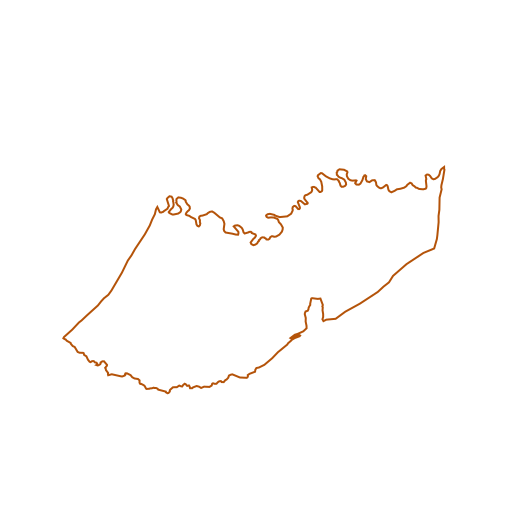 Ahuas, Gracias a Dios, Honduras (Mercator projection), rotated 56°
{"feature_id": "27666195B1442019449651", "entity_name": "Ahuas", "entity_type": "district", "adm_level": 2, "iso_a3": "HND", "parent_name": "Honduras", "parent_adm1": "Gracias a Dios", "projection": "mercator", "projection_center": [-84.342, 15.493], "detail": "fine", "context": "isolated", "style": "outline", "palette": "amber", "viewbox_px": 512, "rotation_deg": 56, "n_neighbors": 0, "source": "geoboundaries", "source_scale": "gbopen_adm2", "svg_char_len": 6122}
<svg xmlns="http://www.w3.org/2000/svg" viewBox="0 0 512 512"><g transform="rotate(56 256 256)"><path d="M349.4,104.1L343.1,96.6L340.4,94.2L330.1,85.7L324.9,82.3L320.3,78.2L310.2,71.1L304.5,64.8L302.7,64.1L301.0,62.7L296.7,58.0L289.8,51.5L289.1,51.4L287.4,50.3L287.6,53.7L288.5,55.7L290.8,58.1L291.7,59.6L292.2,61.3L292.2,64.5L291.6,66.0L289.9,66.9L287.0,66.9L285.2,67.4L284.1,68.6L284.1,70.4L287.5,71.8L288.1,72.7L289.0,73.3L293.6,75.7L294.8,76.8L295.1,77.7L294.2,80.1L291.6,83.3L289.5,84.4L288.6,85.3L286.9,85.6L284.9,86.5L282.8,86.4L281.4,87.3L281.6,90.8L282.2,92.3L282.2,94.9L281.0,98.7L279.5,101.9L279.5,104.6L278.9,108.1L276.9,109.2L275.2,109.2L271.7,107.8L270.5,107.8L269.9,108.3L270.2,112.4L269.9,114.2L269.3,115.1L267.8,115.9L265.5,116.5L264.4,116.5L262.0,115.3L260.6,115.3L260.0,115.0L259.4,115.3L258.2,117.4L258.2,120.6L256.2,122.3L253.6,122.0L251.5,120.0L250.1,120.3L249.8,121.1L250.4,122.0L250.4,122.6L252.7,125.5L254.4,129.0L254.4,130.8L252.9,132.8L251.2,133.1L250.6,132.5L250.6,132.0L249.7,130.5L249.2,130.8L247.4,134.0L245.9,135.4L243.6,136.3L240.7,136.0L239.0,135.1L237.8,133.4L236.9,133.1L233.7,134.8L230.8,138.3L230.8,140.7L231.7,141.5L231.9,142.4L234.0,143.6L234.6,143.3L236.3,143.3L238.1,142.4L239.5,141.3L242.1,140.1L245.3,140.4L247.1,141.3L247.7,142.8L247.4,144.8L246.5,146.3L245.0,146.6L242.1,145.7L240.7,145.7L240.4,145.4L238.0,145.7L237.2,146.5L236.3,148.3L235.1,149.7L232.8,151.5L229.0,153.5L224.3,155.0L223.5,155.9L223.7,159.5L224.3,160.3L226.6,160.7L228.1,160.1L231.0,160.4L235.3,162.2L238.5,164.3L239.1,165.2L239.0,166.7L238.5,167.5L232.6,168.3L232.0,168.9L231.2,169.2L230.6,170.1L230.3,171.5L232.6,172.4L233.4,173.3L234.0,174.5L233.9,179.2L233.3,180.9L233.3,181.8L233.9,182.7L234.8,183.6L235.6,183.9L240.0,183.6L240.6,183.4L241.2,183.7L241.4,184.2L240.5,186.6L235.6,188.0L234.4,189.1L234.1,190.0L234.7,191.2L240.2,192.4L241.0,193.0L241.3,193.9L240.7,194.8L236.9,195.3L236.1,195.9L235.8,196.7L236.0,198.2L237.2,199.4L238.3,199.7L238.9,200.3L240.6,203.2L240.6,207.9L237.0,214.6L232.9,217.8L232.3,217.7L228.8,220.9L227.9,223.0L227.9,224.4L228.1,225.0L229.0,225.3L229.6,225.3L231.1,224.5L232.3,222.1L234.0,219.8L237.3,217.5L238.7,217.5L240.7,218.1L243.7,217.6L247.4,217.9L248.9,219.1L250.3,220.9L251.4,224.7L251.1,228.5L250.2,230.2L249.0,231.1L248.4,232.0L248.4,233.7L249.3,235.2L249.2,236.7L248.1,238.1L246.9,238.1L246.0,238.7L245.4,238.7L244.2,240.1L243.9,241.0L243.9,242.4L244.5,243.3L244.5,244.8L245.3,245.4L245.3,246.3L246.2,248.0L246.2,250.1L245.6,252.1L243.5,253.2L241.8,252.9L240.4,248.8L240.1,246.5L239.2,244.7L237.8,244.4L234.6,246.7L234.0,246.4L233.1,246.7L232.2,248.1L232.2,249.0L231.0,252.8L229.5,253.1L226.6,252.2L224.6,252.1L221.7,253.0L220.2,254.1L219.0,256.4L219.0,257.9L226.0,257.1L227.2,257.7L228.3,258.9L227.1,260.6L224.2,263.2L219.5,268.1L217.4,268.4L215.7,267.8L211.7,264.2L209.1,263.3L205.9,263.0L203.8,264.4L196.8,266.4L194.5,267.5L193.6,269.6L193.5,272.2L193.8,273.4L192.6,277.7L191.7,279.5L191.7,280.9L192.8,282.1L194.9,282.4L196.6,283.6L197.8,283.9L199.2,285.4L199.5,286.9L198.3,287.7L196.6,287.7L192.5,285.9L191.1,285.9L187.2,288.2L185.5,288.8L183.1,290.8L182.0,290.8L181.1,289.3L180.6,287.2L180.6,286.1L179.7,284.3L178.0,283.4L176.8,283.4L174.8,284.0L171.6,283.9L170.7,283.3L170.2,283.3L167.5,284.4L165.8,285.6L164.0,287.6L164.3,290.0L165.1,290.8L166.9,291.7L167.1,292.3L170.0,292.4L172.4,291.5L175.6,291.9L176.7,293.0L177.3,294.2L177.3,296.8L175.5,301.2L174.9,302.1L171.9,303.8L170.8,303.8L169.7,300.3L169.4,298.2L168.8,297.0L167.4,295.5L166.5,295.2L165.9,294.7L164.5,294.3L163.6,293.5L162.8,293.4L161.6,292.9L159.6,292.8L158.1,294.3L158.4,296.9L158.9,298.1L165.9,300.2L166.4,301.7L167.3,302.9L167.3,307.5L167.5,308.1L166.9,310.4L166.0,311.3L160.2,310.4L161.4,312.8L164.8,316.5L167.7,321.7L171.3,327.0L175.9,336.1L182.6,352.4L185.8,358.8L188.1,364.8L194.8,376.4L203.8,395.2L205.6,400.1L206.0,405.6L207.0,409.7L208.6,414.7L210.7,429.5L211.9,436.7L212.1,439.9L214.3,449.5L215.8,460.4L216.5,461.7L218.0,461.1L218.6,460.5L220.4,460.3L224.4,458.3L225.3,458.6L228.2,458.3L230.0,457.2L235.8,457.5L237.5,456.4L239.6,453.5L240.2,453.2L241.9,453.8L244.3,452.7L248.0,453.3L250.6,453.1L251.5,452.5L251.5,450.7L252.4,449.3L254.2,449.0L255.3,447.9L256.5,447.9L257.1,448.8L257.1,449.3L258.2,448.5L258.5,447.6L258.6,445.6L258.0,444.7L257.4,444.4L257.4,443.2L257.4,442.3L258.3,440.9L263.0,440.4L263.6,441.0L264.4,443.6L265.3,443.6L266.7,444.2L270.2,444.0L271.1,444.8L272.2,445.2L273.4,441.7L280.5,435.0L281.1,434.2L281.7,431.6L281.4,430.7L280.8,430.7L280.3,429.8L281.1,428.6L284.6,426.6L287.3,426.4L289.6,425.2L292.0,422.6L294.0,422.1L295.7,423.3L296.9,423.6L297.5,423.3L297.8,422.7L300.4,421.3L301.6,421.0L304.5,421.3L305.0,421.1L306.5,418.5L306.5,417.9L307.4,416.4L308.0,414.4L308.6,414.1L309.5,412.7L311.0,411.8L312.1,411.8L318.0,406.6L318.6,406.9L320.3,406.1L320.6,405.2L320.4,404.0L320.1,403.2L319.2,402.6L318.9,402.0L318.4,398.2L320.5,395.0L320.5,392.1L322.3,390.9L322.9,390.1L322.3,388.9L322.0,386.6L322.9,386.0L325.2,385.7L325.8,384.0L327.0,384.0L328.7,384.6L329.9,382.9L329.7,381.7L330.6,377.9L332.6,376.2L334.7,375.3L335.3,372.1L338.5,367.8L338.6,365.2L337.4,363.7L337.5,362.8L338.9,361.7L339.8,360.2L339.3,358.2L339.3,356.7L339.9,355.3L340.2,355.0L341.3,355.0L342.5,353.3L341.7,350.6L342.0,349.7L341.4,347.1L340.0,345.3L340.3,343.3L340.9,341.8L347.7,337.3L351.8,331.8L351.8,330.9L351.2,330.0L350.1,329.4L350.1,327.1L351.4,321.5L349.9,320.1L349.1,318.3L350.1,315.9L350.9,309.9L349.8,299.8L348.0,291.5L346.9,279.5L346.3,278.4L345.8,274.2L345.5,273.4L345.7,269.8L346.9,264.7L346.6,263.9L346.0,264.2L344.5,267.5L343.9,272.1L343.7,273.1L343.3,273.3L343.0,267.8L343.9,264.9L344.9,258.9L344.2,254.5L342.2,253.2L338.1,251.5L335.2,249.4L331.5,248.1L330.7,247.4L329.7,245.9L330.3,243.7L329.4,242.2L328.5,241.5L327.6,240.1L326.9,238.4L325.9,237.8L322.2,234.0L322.3,233.1L326.1,228.8L327.3,226.4L334.0,228.0L334.9,229.2L335.8,229.3L338.2,231.2L341.7,232.8L344.2,234.5L345.6,236.3L347.7,236.5L348.1,233.3L352.6,225.1L352.1,213.1L353.6,196.6L353.9,175.1L352.7,167.4L352.2,160.5L349.1,153.5L346.9,135.7L347.1,115.4L349.4,104.1Z" fill="none" stroke="#b45309" stroke-width="2"/></g></svg>